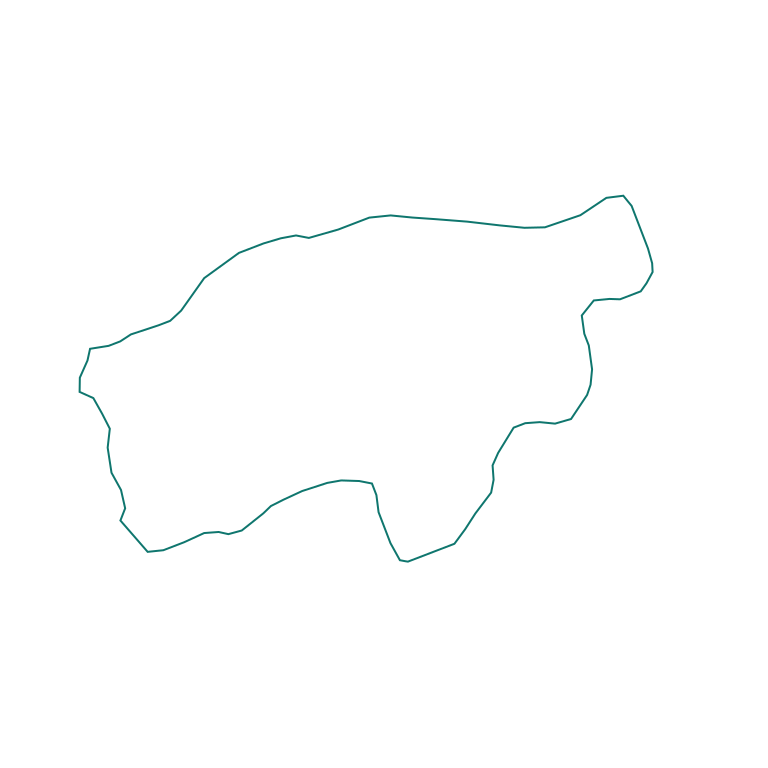 outline of Yeongdeok-gun, North Gyeongsang, South Korea, rotated 249°
{"feature_id": "91817680B91067436457746", "entity_name": "Yeongdeok-gun", "entity_type": "district", "adm_level": 2, "iso_a3": "KOR", "parent_name": "South Korea", "parent_adm1": "North Gyeongsang", "projection": "mercator", "projection_center": [129.302, 36.465], "detail": "fine", "context": "isolated", "style": "outline", "palette": "teal", "viewbox_px": 768, "rotation_deg": 249, "n_neighbors": 0, "source": "geoboundaries", "source_scale": "gbopen_adm2", "svg_char_len": 1253}
<svg xmlns="http://www.w3.org/2000/svg" viewBox="0 0 768 768"><g transform="rotate(249 384 384)"><path d="M351.0,89.0L312.0,103.2L307.9,118.4L307.9,140.6L309.3,162.7L305.1,176.6L299.6,184.9L298.2,198.7L306.5,225.0L310.6,234.7L312.0,248.5L313.4,269.3L312.0,295.6L309.3,309.5L302.3,326.1L295.4,337.1L283.0,337.1L266.3,333.0L233.1,333.0L213.8,335.7L210.9,340.4L209.6,342.7L209.6,392.5L219.3,407.7L230.4,422.9L244.2,445.1L255.3,452.0L269.1,456.2L278.8,465.9L296.8,489.4L296.8,501.8L292.6,515.7L285.7,529.5L284.3,546.1L301.0,569.7L309.3,576.6L323.1,583.5L344.0,588.4L346.6,589.0L353.5,589.0L359.1,589.0L377.1,593.2L386.8,609.8L382.6,625.0L378.5,634.7L378.5,656.9L384.0,665.2L392.3,674.9L400.6,677.6L415.8,679.0L435.2,679.0L461.5,679.0L466.9,677.2L474.0,674.9L478.1,658.3L471.2,627.8L472.6,590.4L479.5,571.1L490.6,548.9L505.8,519.8L519.6,490.8L529.3,470.0L539.0,450.6L544.6,429.9L544.6,416.0L544.6,396.7L547.3,366.2L554.2,355.1L557.0,339.9L558.4,321.9L558.4,295.6L547.3,254.1L530.7,229.2L525.2,220.9L519.6,207.0L519.6,194.6L521.0,165.5L518.3,153.0L518.3,140.6L522.2,122.2L512.2,115.6L498.9,102.3L485.7,97.0L475.0,107.6L457.3,110.2L440.5,112.0L423.6,103.2L398.8,97.8L379.3,100.5L360.7,97.8L351.0,89.0Z" fill="none" stroke="#0f766e" stroke-width="2"/></g></svg>